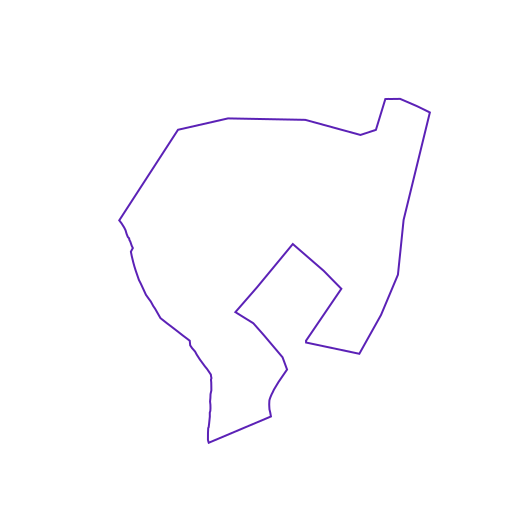 outline of Town, Vieux Fort, Saint Lucia, rotated 17°
{"feature_id": "8701671B64489112890700", "entity_name": "Town", "entity_type": "district", "adm_level": 2, "iso_a3": "LCA", "parent_name": "Saint Lucia", "parent_adm1": "Vieux Fort", "projection": "robinson", "projection_center": [-60.954, 13.728], "detail": "fine", "context": "isolated", "style": "outline", "palette": "violet", "viewbox_px": 512, "rotation_deg": 17, "n_neighbors": 0, "source": "geoboundaries", "source_scale": "gbopen_adm2", "svg_char_len": 1407}
<svg xmlns="http://www.w3.org/2000/svg" viewBox="0 0 512 512"><g transform="rotate(17 256 256)"><path d="M329.2,324.1L383.4,319.3L392.8,275.8L397.2,232.4L392.3,207.3L386.6,178.3L380.3,67.9L366.6,65.7L347.9,63.6L338.2,66.7L336.7,67.1L333.8,68.1L333.8,100.3L320.5,109.7L263.3,111.4L189.0,132.6L144.5,158.1L114.8,261.9L117.9,264.1L121.6,267.3L123.7,269.5L125.8,272.7L127.8,275.2L128.2,275.5L129.5,276.2L130.2,277.6L131.6,279.0L134.2,282.6L135.9,284.4L135.5,286.3L135.1,288.5L137.2,292.4L140.4,297.8L142.8,301.6L145.2,305.1L151.0,313.1L153.9,316.1L159.0,321.8L162.1,325.3L166.0,328.3L168.7,330.3L172.5,334.0L174.9,335.9L181.9,342.5L182.9,343.4L190.1,346.2L199.3,349.6L208.7,353.2L217.4,356.4L219.2,360.7L221.8,362.8L225.7,365.2L228.1,367.6L232.6,371.4L239.3,376.4L242.3,378.4L247.5,382.6L248.2,384.2L249.1,385.8L249.1,387.4L250.2,390.1L251.5,394.1L252.6,397.6L252.9,401.4L253.9,405.2L254.6,408.6L255.9,411.6L257.0,415.0L257.6,417.5L257.6,419.3L258.8,423.1L260.2,430.2L260.8,433.6L260.6,434.5L261.8,439.2L263.8,445.9L264.9,447.7L265.4,448.4L317.2,405.1L315.4,401.6L313.7,398.7L312.7,396.0L312.0,394.0L311.3,391.3L311.0,390.0L311.0,388.2L311.1,386.4L311.4,383.6L311.8,381.5L312.2,378.6L314.4,369.8L318.9,355.5L311.0,345.1L296.4,335.7L287.1,329.7L273.1,321.1L252.7,315.7L266.1,285.7L287.7,233.8L325.1,250.4L335.0,255.8L347.2,262.4L328.6,322.4L329.2,324.1Z" fill="none" stroke="#5b21b6" stroke-width="2"/></g></svg>